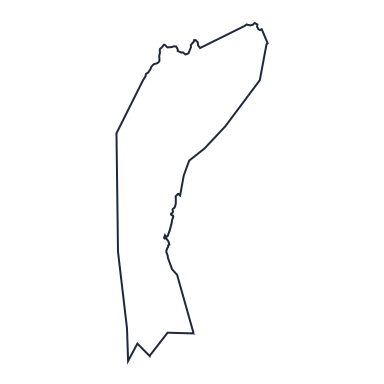 the district of Bexon, Castries, Saint Lucia
{"feature_id": "8701671B76266155523948", "entity_name": "Bexon", "entity_type": "district", "adm_level": 2, "iso_a3": "LCA", "parent_name": "Saint Lucia", "parent_adm1": "Castries", "projection": "natural_earth1", "projection_center": [-60.975, 13.959], "detail": "fine", "context": "isolated", "style": "outline", "palette": "slate", "viewbox_px": 384, "rotation_deg": 0, "n_neighbors": 0, "source": "geoboundaries", "source_scale": "gbopen_adm2", "svg_char_len": 4118}
<svg xmlns="http://www.w3.org/2000/svg" viewBox="0 0 384 384"><path d="M261.7,29.2L259.9,30.1L258.4,29.2L257.1,26.9L257.4,24.5L254.6,23.0L252.8,24.8L250.3,25.4L246.6,24.5L244.5,26.0L200.1,48.0L198.1,45.4L197.8,42.4L195.6,40.1L194.1,40.1L193.8,41.6L190.8,45.1L191.0,47.1L188.5,53.3L185.5,54.5L183.0,52.4L181.8,52.7L177.7,51.0L177.7,49.2L176.2,46.6L174.0,46.3L171.5,47.1L167.4,47.4L164.7,44.8L163.9,44.7L161.9,47.3L160.6,48.4L160.0,49.0L159.7,50.7L160.0,52.5L159.6,54.1L159.2,56.2L159.4,58.6L159.4,61.0L158.4,62.4L157.2,63.2L153.6,64.3L151.3,66.8L150.6,68.8L148.2,72.5L146.0,73.9L145.5,76.2L144.5,78.0L143.4,79.5L116.3,133.7L116.5,134.3L118.0,251.7L127.0,328.4L128.1,361.0L137.4,343.6L149.7,356.1L149.8,355.6L167.6,332.7L192.5,333.4L192.1,333.1L192.4,332.9L192.5,332.9L192.7,332.7L192.8,332.6L193.1,332.4L193.3,332.3L177.1,274.8L172.1,269.3L167.8,257.5L167.8,256.2L167.3,254.7L167.0,253.6L166.6,253.0L166.4,252.3L166.4,251.1L166.3,250.6L166.5,250.2L167.0,249.2L167.0,248.9L167.1,248.3L167.6,247.8L168.2,246.9L168.2,246.6L168.1,245.8L168.3,245.4L168.5,245.0L169.3,244.7L169.3,244.3L169.1,244.0L169.1,243.7L168.9,243.2L168.8,242.6L168.2,241.0L167.9,240.6L167.0,239.6L166.9,239.4L166.7,239.0L166.4,238.6L166.2,238.4L165.8,238.5L164.7,238.6L164.4,238.4L164.1,237.6L164.2,237.3L164.6,236.6L164.7,236.2L164.8,235.8L164.9,235.6L165.0,235.3L165.2,235.6L165.3,235.7L165.4,235.9L165.4,236.0L165.5,236.2L165.6,236.3L165.8,236.4L165.9,236.5L166.0,236.5L166.3,236.5L166.5,236.6L166.9,236.5L167.0,236.4L167.3,236.3L167.4,236.2L167.5,236.1L167.7,235.9L167.8,235.7L168.0,235.4L168.1,235.2L168.1,234.9L168.2,234.7L168.3,234.4L168.3,234.2L168.4,233.9L168.5,233.8L168.5,233.5L168.6,233.4L168.7,233.2L168.8,232.9L168.9,232.6L169.0,232.4L169.1,232.2L169.2,231.9L169.2,231.7L169.3,231.6L169.4,231.4L169.4,231.2L169.5,231.0L169.6,230.9L169.6,230.7L169.7,230.4L169.8,230.2L169.9,229.8L169.9,229.6L170.0,229.4L170.0,229.1L170.1,228.8L170.2,228.6L170.3,228.4L170.3,228.2L170.4,227.9L170.5,227.7L170.5,227.3L170.6,227.2L170.7,226.8L170.7,226.7L170.8,226.4L170.8,226.2L170.9,225.9L171.0,225.7L171.1,225.4L171.1,225.2L171.2,224.8L171.3,224.6L171.3,224.4L171.4,224.2L171.5,223.9L171.5,223.7L171.6,223.3L171.6,223.1L171.6,222.9L171.7,222.6L171.7,222.4L171.8,222.2L171.8,221.9L171.8,221.7L171.9,221.4L172.0,221.0L172.0,220.9L172.0,220.7L172.1,220.4L172.1,220.2L172.2,219.8L172.2,219.7L172.3,219.5L172.3,219.4L172.4,219.2L172.5,218.9L172.6,218.6L172.7,218.4L172.7,218.2L172.8,218.1L172.8,217.9L173.0,217.6L173.0,217.4L173.1,217.1L173.2,216.9L173.2,216.7L173.3,216.6L173.3,216.4L173.3,216.2L173.2,215.9L173.1,215.7L172.9,215.5L172.7,215.4L172.4,215.3L172.1,215.3L171.9,215.2L171.6,215.1L171.4,214.9L171.2,214.6L171.0,214.3L171.0,214.2L171.0,213.8L171.1,213.7L171.3,213.5L171.5,213.5L171.8,213.4L172.0,213.2L172.3,212.9L172.5,212.7L172.7,212.4L172.8,212.2L172.9,211.9L172.9,211.7L173.0,211.4L173.0,211.2L172.9,211.0L172.8,210.8L172.7,210.7L172.6,210.3L172.6,210.1L172.6,209.8L172.6,209.6L172.6,209.4L172.7,209.2L172.8,208.9L173.0,208.7L173.3,208.5L173.5,208.4L173.7,208.2L173.8,208.2L174.0,208.0L174.3,207.9L174.5,207.6L174.6,207.4L174.8,207.1L174.9,206.8L174.9,206.6L175.0,206.5L175.1,206.3L175.1,206.2L175.2,205.9L175.2,205.7L175.3,205.5L175.4,205.3L175.4,205.2L175.5,204.8L175.5,204.6L175.6,204.3L175.6,204.2L175.7,203.9L175.7,203.7L175.8,203.5L175.8,203.3L175.8,203.2L175.8,202.8L175.8,202.6L175.8,202.3L175.8,202.1L175.8,201.9L175.8,201.6L175.8,201.4L175.8,201.2L175.8,200.9L175.8,200.6L175.8,200.3L175.8,200.2L175.8,199.8L175.8,199.7L175.8,199.3L175.8,199.1L175.8,198.9L175.8,198.7L175.8,198.4L175.8,198.2L175.8,197.8L175.8,197.6L175.7,197.4L175.7,197.1L175.6,196.9L175.6,196.7L175.6,196.4L175.7,196.2L175.8,196.1L176.0,195.9L176.2,195.7L176.4,195.6L176.5,195.5L176.6,195.3L176.7,195.2L176.9,195.1L177.0,195.0L177.1,194.9L177.3,194.6L177.5,194.3L177.6,194.2L177.9,194.0L178.0,194.0L178.3,194.0L178.5,193.9L178.6,194.0L178.8,194.3L179.1,194.5L179.3,194.8L179.5,195.0L179.7,195.3L179.8,195.4L180.1,195.6L183.7,175.7L189.2,160.6L204.6,148.4L225.4,126.2L259.8,80.2L266.5,44.3L267.7,43.3L261.7,29.2Z" fill="none" stroke="#1e293b" stroke-width="2"/></svg>